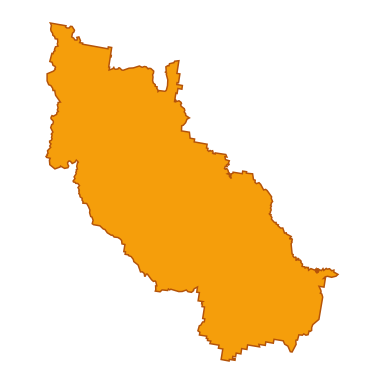 Uralla, New South Wales, Australia
{"feature_id": "25037944B63393422883772", "entity_name": "Uralla", "entity_type": "district", "adm_level": 2, "iso_a3": "AUS", "parent_name": "Australia", "parent_adm1": "New South Wales", "projection": "robinson", "projection_center": [151.405, -30.485], "detail": "fine", "context": "isolated", "style": "filled", "palette": "amber", "viewbox_px": 384, "rotation_deg": 0, "n_neighbors": 0, "source": "geoboundaries", "source_scale": "gbopen_adm2", "svg_char_len": 5855}
<svg xmlns="http://www.w3.org/2000/svg" viewBox="0 0 384 384"><path d="M173.8,62.7L169.5,63.7L168.9,65.8L167.9,65.6L165.9,66.8L166.2,71.4L165.4,72.1L166.6,73.1L166.3,74.3L167.8,79.9L167.5,85.7L166.3,90.3L165.0,91.3L159.2,90.6L158.0,91.6L157.7,89.4L156.8,88.6L157.1,86.8L155.2,86.3L155.2,84.6L153.3,83.0L152.6,80.5L153.0,77.1L152.6,74.7L153.5,73.1L153.7,71.1L150.8,68.5L148.9,68.3L148.1,68.9L146.2,66.8L144.3,66.5L142.1,67.3L139.4,66.0L133.4,67.9L129.0,68.2L123.1,70.3L121.8,70.0L119.6,67.9L118.7,67.9L117.9,69.0L115.6,69.3L114.4,68.8L113.8,67.4L112.8,68.7L109.1,70.0L109.6,67.1L108.7,67.0L110.3,56.8L111.1,56.9L111.3,55.4L110.5,55.3L111.7,47.5L108.3,46.9L108.0,48.8L82.5,44.2L82.7,43.1L79.6,42.6L80.5,40.8L78.9,36.9L76.8,37.4L77.3,38.8L76.9,40.1L74.9,40.0L73.7,38.1L71.7,36.9L72.5,33.2L73.9,32.0L74.5,30.2L72.1,26.5L70.5,26.3L69.1,28.0L67.0,28.0L65.6,27.0L66.0,25.8L50.3,23.0L51.4,25.3L50.7,29.0L51.0,30.9L52.6,33.3L52.8,35.2L54.6,36.6L55.2,38.8L57.5,39.1L57.8,42.2L57.3,43.8L58.0,46.1L55.5,46.8L54.5,49.4L55.0,50.8L53.9,51.3L53.0,53.7L51.9,53.4L49.8,61.5L52.1,62.3L53.0,65.3L55.0,66.4L55.5,67.2L54.9,68.6L55.2,69.3L53.5,71.1L47.1,73.8L47.1,80.9L48.7,84.7L50.9,85.6L52.6,88.2L53.0,90.5L54.7,90.5L55.6,95.3L60.4,102.1L58.1,102.5L58.0,104.1L57.3,104.7L58.1,107.9L57.3,109.9L58.3,111.5L57.0,112.3L56.6,114.4L53.3,116.2L52.0,115.6L51.0,117.4L51.0,118.7L53.2,121.0L53.4,122.2L52.7,124.2L51.7,124.6L50.7,127.7L52.9,132.1L51.3,134.1L52.1,135.0L51.5,137.7L52.1,138.7L51.4,140.2L49.6,141.1L49.7,142.6L51.0,143.9L49.7,146.0L50.7,147.3L47.5,150.7L48.0,153.4L47.0,154.4L47.3,155.3L46.0,156.4L46.6,157.4L50.2,158.3L49.4,160.1L49.8,164.7L54.9,168.9L60.1,167.0L60.5,166.1L64.6,168.4L67.9,167.7L68.7,166.0L67.7,164.2L67.6,162.5L69.1,160.9L70.5,161.4L72.2,163.5L74.9,162.2L76.3,160.1L77.9,161.6L78.2,162.3L77.5,162.8L76.7,166.4L77.4,169.1L76.3,169.7L76.5,171.3L75.8,172.2L76.2,173.6L74.1,176.9L75.0,178.6L73.1,181.0L73.5,182.0L75.1,182.3L75.7,183.3L77.8,183.5L79.5,185.6L78.0,187.5L79.3,190.1L78.8,190.9L79.2,192.2L78.8,193.7L79.7,194.3L80.1,196.8L82.2,198.3L82.0,200.1L83.0,201.5L82.9,203.2L86.7,203.5L88.4,206.5L89.9,210.0L89.6,212.7L90.7,216.5L92.0,217.1L93.1,220.3L92.2,223.7L93.6,224.7L99.9,225.8L103.3,229.0L105.0,229.5L107.3,232.8L111.2,235.2L112.6,235.2L114.1,237.0L118.0,237.5L120.5,239.2L121.6,240.6L122.0,243.9L124.9,244.5L123.8,251.6L125.5,251.8L125.1,254.3L128.4,254.8L128.5,255.6L131.2,256.6L133.3,259.4L133.8,261.6L138.1,265.0L140.5,271.9L142.3,271.8L144.2,273.4L144.6,276.1L145.3,276.1L146.3,274.0L147.4,274.1L151.5,279.7L153.4,281.4L155.1,281.0L155.8,281.7L156.8,285.8L155.6,285.9L155.8,289.5L155.3,291.1L160.1,291.8L162.1,289.9L167.7,290.5L168.4,289.0L169.7,289.9L170.8,289.2L178.8,291.6L182.2,291.5L186.3,290.0L188.0,291.7L191.5,292.3L193.6,290.6L193.5,289.6L194.5,288.6L197.5,287.0L196.7,292.2L199.4,292.6L198.1,300.8L202.9,301.6L201.8,302.3L201.6,303.9L202.4,304.1L202.0,306.6L204.5,307.0L202.7,318.5L204.8,318.9L204.3,321.8L202.6,322.0L200.8,325.1L199.3,325.8L197.9,330.8L199.9,332.2L199.4,335.0L206.7,336.2L206.3,338.4L207.8,338.7L207.5,340.5L210.8,341.1L209.9,343.6L219.0,345.2L218.4,348.2L222.8,349.0L221.1,359.5L229.1,361.0L229.3,359.4L235.0,360.3L235.2,358.8L232.5,358.4L232.8,356.4L235.6,356.8L236.2,353.1L240.9,353.9L241.7,348.6L246.9,349.5L247.6,344.9L259.6,346.9L258.9,344.4L265.3,345.4L265.8,341.9L273.3,343.2L274.0,339.3L283.2,340.8L284.7,344.2L287.9,346.1L290.3,351.7L292.1,352.0L296.1,344.4L295.8,341.0L296.2,340.0L297.5,340.1L298.9,334.8L302.4,335.2L303.8,333.9L305.9,335.2L308.1,334.7L309.1,331.0L310.1,331.4L311.6,330.5L311.7,327.4L312.8,324.6L318.9,319.4L322.7,297.1L321.8,294.0L320.3,293.1L321.1,292.1L320.8,290.2L319.0,286.3L324.0,287.1L325.4,278.1L323.7,278.4L325.3,276.8L327.5,276.3L331.6,277.3L336.0,276.2L338.0,274.4L333.9,272.1L333.9,270.1L331.8,270.8L329.5,268.7L327.2,269.2L326.2,268.4L323.8,270.4L323.0,268.6L321.4,270.6L319.4,269.7L318.6,271.3L317.6,269.9L318.1,268.9L317.5,268.8L316.5,270.7L317.7,272.5L316.9,272.9L315.6,271.5L315.9,269.0L314.7,270.1L310.9,268.6L308.6,270.2L308.4,267.6L307.6,267.9L306.9,267.2L305.1,268.0L304.9,266.9L302.1,266.4L302.5,264.2L300.9,262.5L301.1,261.2L300.2,260.1L298.7,260.0L298.7,258.7L298.0,258.4L296.8,260.2L296.0,260.2L296.1,257.7L295.7,257.1L294.1,257.5L292.9,256.0L293.2,254.6L292.1,253.9L291.1,243.8L292.1,242.0L291.6,241.5L292.3,239.8L291.8,238.6L290.0,239.0L289.7,238.5L291.2,236.5L286.5,234.0L286.2,232.8L284.5,233.1L282.8,228.0L280.6,228.1L277.9,225.7L278.3,224.8L276.2,224.1L276.1,222.5L274.5,222.5L271.4,219.1L271.9,217.4L270.9,216.1L271.0,214.7L269.7,214.6L269.3,213.8L270.4,212.8L270.3,211.7L271.0,210.7L271.1,209.0L270.4,208.2L271.4,206.1L270.5,205.2L271.4,203.8L271.3,202.9L272.6,201.6L271.3,198.4L271.6,196.8L267.1,190.5L265.6,189.4L263.6,189.9L260.7,184.4L259.0,182.7L256.4,183.6L255.0,182.4L255.2,180.2L253.5,179.6L252.6,173.8L246.4,173.2L246.6,171.7L242.7,171.1L242.3,173.7L233.1,172.2L232.9,173.2L231.2,173.9L230.7,176.4L231.2,177.9L230.7,178.0L229.3,176.1L229.5,174.5L227.4,173.8L228.7,173.2L229.8,173.6L228.5,172.1L228.0,170.3L226.7,168.5L225.3,169.2L224.5,168.5L225.3,166.3L227.2,166.5L226.6,165.0L227.8,164.1L228.5,165.0L229.1,164.5L228.5,163.0L229.3,160.8L225.5,159.6L224.9,156.7L226.9,157.0L225.8,154.5L215.2,152.9L215.2,153.9L213.2,153.6L212.6,153.1L213.1,152.3L212.6,150.7L211.0,151.1L210.1,150.5L208.9,151.4L207.6,150.3L208.0,148.4L206.5,148.0L207.1,144.2L194.2,141.9L194.6,139.0L190.1,138.2L189.4,132.2L181.5,130.9L181.7,125.8L183.3,125.2L185.6,122.7L187.0,119.2L189.4,117.9L185.8,115.5L185.6,113.7L184.2,111.9L184.8,110.4L184.3,108.7L181.1,106.2L180.6,104.4L181.5,103.7L181.1,102.4L179.0,100.8L176.5,101.5L175.8,100.2L175.4,101.8L174.5,101.6L175.9,93.0L176.9,93.2L177.0,94.2L177.9,88.5L181.9,89.2L182.4,85.5L176.8,84.5L177.1,82.6L178.5,82.8L179.9,73.9L176.9,73.4L178.9,60.7L174.7,61.2L173.8,62.7Z" fill="#f59e0b" stroke="#b45309" stroke-width="1.5"/></svg>